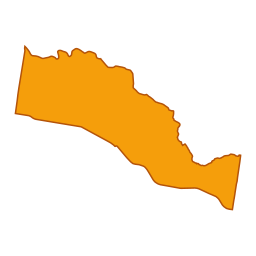 outline of Stonnington, Victoria, Australia
{"feature_id": "25037944B5658593283329", "entity_name": "Stonnington", "entity_type": "district", "adm_level": 2, "iso_a3": "AUS", "parent_name": "Australia", "parent_adm1": "Victoria", "projection": "natural_earth1", "projection_center": [145.04, -37.861], "detail": "fine", "context": "isolated", "style": "filled", "palette": "amber", "viewbox_px": 256, "rotation_deg": 0, "n_neighbors": 0, "source": "geoboundaries", "source_scale": "gbopen_adm2", "svg_char_len": 5708}
<svg xmlns="http://www.w3.org/2000/svg" viewBox="0 0 256 256"><path d="M100.8,58.9L100.7,59.0L100.4,58.9L98.6,58.6L97.9,58.4L97.3,58.1L96.8,57.7L96.5,57.0L96.3,56.4L96.0,55.0L95.7,54.3L94.8,53.4L93.3,52.7L92.7,52.5L90.9,51.8L90.1,51.6L89.5,51.5L89.0,51.5L88.3,51.6L87.8,51.8L85.6,52.9L85.1,53.1L84.7,53.2L84.3,53.1L83.7,52.5L82.3,51.7L81.2,50.8L79.3,49.6L78.7,49.3L77.7,48.9L77.1,48.7L76.6,48.6L76.2,48.7L75.8,48.7L75.3,48.9L74.6,49.3L72.7,50.7L72.3,51.1L72.0,51.7L71.9,52.3L71.6,54.2L71.5,54.7L71.2,55.3L70.3,56.2L69.9,56.4L69.6,56.5L69.2,56.4L68.8,56.2L68.5,55.9L68.2,55.5L67.5,53.9L67.2,53.5L66.8,53.0L65.8,52.2L65.2,52.0L64.7,51.8L63.9,51.6L62.9,51.3L61.8,50.8L61.2,50.6L60.6,50.4L60.0,50.4L59.4,50.4L58.9,50.5L58.4,50.8L58.0,51.1L57.8,51.4L57.7,51.9L57.9,52.8L58.5,55.1L58.7,56.0L58.7,56.9L58.7,57.5L58.5,58.1L58.3,58.4L57.9,58.7L57.5,58.9L56.8,59.0L56.1,58.8L55.5,58.0L55.1,57.6L54.2,57.1L53.0,56.6L52.0,56.3L51.3,56.3L50.6,56.4L49.7,56.9L48.9,57.2L48.2,57.4L45.7,57.9L44.4,58.2L43.5,58.4L43.0,58.4L42.5,58.4L41.7,58.2L40.7,57.7L38.2,56.6L35.9,56.0L33.5,55.8L32.6,55.7L32.0,55.5L31.5,55.2L31.1,54.8L30.4,53.9L30.2,53.5L29.9,52.9L29.5,52.1L28.4,50.4L26.3,47.8L25.8,47.3L24.9,46.4L24.7,47.6L24.6,48.2L24.7,48.6L24.7,49.0L24.8,49.5L24.9,50.0L24.9,50.4L24.9,51.0L23.5,59.6L22.0,68.8L18.9,87.8L17.9,94.6L17.2,100.6L15.4,113.5L28.5,115.6L29.0,115.7L29.9,116.1L30.6,116.4L31.2,116.8L32.5,117.8L33.5,118.4L34.4,118.8L34.9,119.0L36.0,119.3L52.7,122.1L81.2,126.8L107.2,140.9L110.6,142.8L112.4,144.1L113.6,145.0L114.8,146.2L114.9,146.3L115.0,146.3L115.3,146.3L115.5,146.3L116.0,146.0L116.3,146.0L116.6,146.0L117.0,146.2L117.3,146.4L125.2,155.8L127.0,157.9L129.8,160.9L131.1,162.2L133.0,163.6L135.3,164.2L139.2,164.7L143.0,166.0L143.9,166.4L145.0,167.2L145.4,167.7L146.1,168.4L146.6,169.1L146.9,169.4L148.6,172.1L153.0,179.5L153.4,180.1L153.9,180.7L154.3,181.2L155.2,182.1L156.1,182.7L157.2,183.4L158.1,183.9L158.9,184.2L159.8,184.5L160.4,184.7L170.0,186.4L179.9,188.2L180.9,188.3L181.8,188.3L194.8,188.0L195.7,188.1L196.8,188.2L197.5,188.4L198.5,188.7L199.1,188.9L209.2,193.6L211.6,194.6L216.1,196.6L216.4,196.9L217.5,197.8L218.4,198.7L219.1,199.6L222.4,205.0L223.9,206.6L226.3,208.3L227.0,208.6L227.8,208.8L229.3,209.2L232.4,209.6L233.8,200.3L234.2,198.3L234.9,193.9L235.0,193.0L236.4,184.0L237.1,181.2L237.6,176.9L238.0,174.2L239.9,161.3L240.0,160.5L240.6,155.8L240.6,155.3L240.4,155.3L240.4,155.2L239.7,155.1L239.2,155.1L239.1,155.3L238.9,155.4L238.8,155.9L238.6,156.0L237.9,156.3L236.5,156.0L235.7,155.8L234.8,155.0L234.3,154.8L234.0,154.7L233.9,154.6L232.5,154.4L232.2,154.3L231.3,154.2L230.9,154.1L230.4,154.3L229.3,155.1L228.3,155.5L225.5,155.7L224.2,156.0L223.6,156.4L223.4,156.6L222.9,156.9L221.9,157.4L221.2,157.9L220.6,158.0L220.2,158.2L219.7,158.4L219.1,158.4L218.6,158.2L217.6,158.0L217.1,158.1L216.1,158.4L215.1,158.7L214.7,158.9L214.3,159.7L213.8,160.2L213.3,160.5L212.9,160.7L212.4,160.8L211.8,161.5L211.8,162.0L211.6,162.5L209.8,163.3L209.1,163.5L208.7,163.7L207.9,164.2L207.1,164.7L206.7,164.9L206.3,165.2L205.4,165.5L205.0,165.7L204.1,165.7L203.6,165.7L202.7,165.4L202.3,165.3L201.5,165.5L201.0,165.5L200.3,165.1L199.9,164.8L199.4,164.7L199.0,164.5L198.8,164.1L198.6,163.8L198.3,163.6L197.2,163.5L196.9,163.7L196.8,163.4L196.6,163.2L196.3,163.1L196.0,163.2L195.8,163.1L195.0,162.8L194.7,162.5L194.3,162.3L193.4,161.9L193.0,161.7L192.6,161.4L192.2,160.6L192.0,159.8L191.9,159.3L191.9,158.9L192.0,158.2L192.1,157.5L192.5,156.5L192.4,155.9L192.1,155.2L191.3,153.9L191.0,153.5L190.8,153.2L190.1,152.5L189.9,152.2L189.7,151.7L189.6,151.4L189.5,151.1L189.1,150.4L188.9,150.0L188.5,149.5L187.8,148.3L187.8,148.0L187.5,147.6L186.8,146.6L186.7,146.2L186.2,145.6L186.1,145.3L185.8,145.0L185.6,144.7L185.4,144.5L185.0,144.0L182.6,145.4L181.9,144.1L181.4,143.5L181.4,143.3L181.5,142.7L181.4,142.5L181.3,142.1L181.1,141.9L180.1,141.6L179.7,141.4L179.4,141.2L179.2,141.0L178.9,140.6L178.6,140.3L178.3,140.0L177.7,139.0L177.7,138.1L177.3,137.3L178.5,134.6L178.5,133.9L178.4,133.4L178.2,133.2L177.6,131.8L177.5,131.5L177.4,130.9L177.8,129.7L177.8,128.5L178.0,127.9L178.7,126.9L178.9,126.8L179.1,126.4L179.3,126.3L179.4,125.9L179.6,125.8L179.9,125.0L179.9,124.3L179.7,123.8L179.5,123.5L178.3,122.6L177.4,122.1L175.9,121.4L175.6,121.2L175.1,120.9L174.9,120.7L174.7,120.6L174.2,120.4L173.9,120.1L173.9,119.2L173.5,118.6L173.2,118.3L173.1,118.2L172.9,117.7L172.8,117.3L172.9,116.9L173.2,116.0L173.4,115.1L173.6,113.8L173.6,113.2L173.6,112.9L173.6,111.9L173.6,111.2L173.1,110.8L172.5,110.8L172.1,110.9L171.7,110.9L170.8,110.5L169.3,110.1L169.0,109.9L168.8,109.5L168.6,108.9L168.5,108.7L168.5,108.4L168.0,107.7L167.6,107.5L167.4,107.3L167.3,107.2L166.1,106.4L165.8,106.2L165.4,105.9L165.1,105.7L164.5,105.3L164.2,105.0L163.4,104.5L163.1,104.4L162.6,104.1L161.2,103.6L160.2,103.4L159.0,103.0L158.3,102.9L157.8,102.6L156.9,102.3L156.1,102.1L155.6,101.9L154.0,100.5L153.5,100.0L153.2,99.6L151.6,98.3L150.3,97.3L149.3,96.6L148.7,96.4L148.1,95.8L148.0,95.6L147.0,94.8L146.6,94.5L146.2,94.6L145.8,94.7L145.1,94.9L144.3,94.9L143.8,94.8L142.2,94.4L141.0,94.0L139.7,93.7L139.0,93.3L138.4,92.9L137.3,91.9L137.0,91.6L136.7,91.1L135.8,90.2L135.6,90.0L134.5,89.0L134.2,88.8L133.2,87.7L133.2,87.2L133.2,85.9L133.2,85.5L133.5,84.0L133.5,83.4L132.8,74.0L132.6,73.4L132.1,72.6L130.7,70.6L130.4,70.4L130.0,70.1L129.8,70.1L129.2,69.9L127.5,69.5L126.9,69.4L126.5,69.3L126.1,69.1L125.3,68.3L124.4,67.8L122.6,67.3L121.8,67.1L121.1,67.0L118.4,66.5L118.0,66.3L117.5,66.3L116.3,66.1L115.6,66.1L115.3,66.3L115.0,66.4L114.2,67.0L113.5,67.3L112.8,67.5L111.6,67.5L108.8,67.4L108.7,67.4L107.9,67.1L107.6,66.9L107.1,66.3L106.2,65.4L105.6,64.7L102.3,60.8L101.6,60.0L101.1,59.4L100.8,58.9Z" fill="#f59e0b" stroke="#b45309" stroke-width="1.5"/></svg>